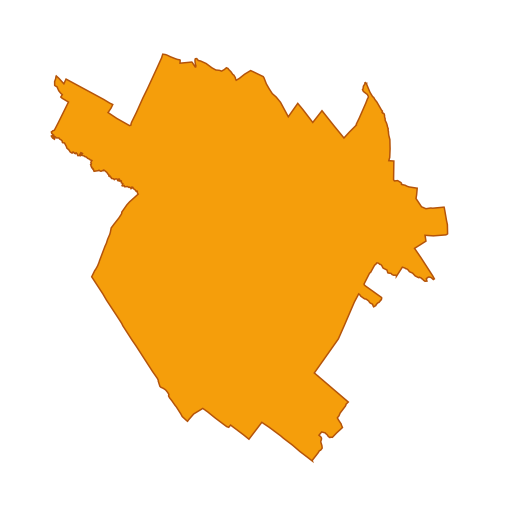 outline of Belcesti, Iasi, Romania, rotated 175°
{"feature_id": "2599482B23393445756532", "entity_name": "Belcesti", "entity_type": "district", "adm_level": 2, "iso_a3": "ROU", "parent_name": "Romania", "parent_adm1": "Iasi", "projection": "mercator", "projection_center": [27.109, 47.31], "detail": "fine", "context": "isolated", "style": "filled", "palette": "amber", "viewbox_px": 512, "rotation_deg": 175, "n_neighbors": 0, "source": "geoboundaries", "source_scale": "gbopen_adm2", "svg_char_len": 6078}
<svg xmlns="http://www.w3.org/2000/svg" viewBox="0 0 512 512"><g transform="rotate(175 256 256)"><path d="M132.5,418.9L132.4,418.3L132.5,418.0L134.2,415.8L134.8,413.2L135.4,412.5L134.8,410.8L134.2,410.1L131.0,407.2L130.2,405.2L130.2,404.4L131.3,402.8L133.3,398.7L141.0,384.6L144.7,378.4L144.5,377.8L152.1,371.4L158.1,365.9L166.7,378.5L177.6,395.0L187.8,384.1L196.6,397.9L201.1,404.4L211.7,391.9L218.2,407.0L222.1,412.7L225.6,416.3L228.3,421.4L230.7,426.6L232.5,432.8L233.2,434.1L242.9,439.9L245.2,441.2L251.5,438.1L257.1,434.4L260.4,432.8L261.0,434.4L261.0,435.4L262.3,438.1L263.3,438.9L265.0,441.9L266.8,444.0L267.6,445.3L269.1,446.1L271.5,444.4L274.2,443.2L276.1,444.1L279.8,444.8L283.5,447.3L288.9,452.1L294.2,455.1L296.2,455.7L296.5,455.9L297.8,457.8L298.4,457.9L299.1,457.8L299.4,457.6L299.7,456.4L299.8,455.0L299.6,451.8L299.3,450.8L299.6,449.6L300.1,449.6L302.7,454.5L303.1,454.8L314.9,454.7L314.5,457.6L314.7,458.0L317.2,458.7L319.4,459.7L323.8,461.9L327.2,463.9L328.8,464.6L331.3,465.2L332.8,461.6L337.8,452.7L349.4,432.4L354.9,423.3L362.7,409.3L368.1,400.4L368.8,399.0L369.2,397.3L370.6,396.9L382.7,405.2L390.9,411.8L387.4,416.1L385.5,419.4L388.3,421.0L394.0,425.2L429.8,448.8L432.4,444.3L436.9,450.2L439.3,452.8L439.5,452.5L440.2,449.9L441.4,447.4L441.7,443.6L441.2,443.0L439.5,441.9L438.1,437.8L436.5,435.4L434.9,433.6L436.6,431.4L436.4,431.1L435.2,429.9L429.4,425.7L441.5,405.8L445.7,399.2L446.0,398.8L447.6,398.4L448.2,397.8L449.0,397.5L449.0,396.8L448.7,395.8L447.0,394.1L446.9,393.5L447.3,393.3L448.4,393.7L449.4,393.4L449.3,392.9L448.2,391.1L446.6,389.9L446.3,390.5L447.0,391.6L447.1,392.2L446.9,392.6L446.6,392.7L445.4,392.1L444.8,391.2L444.4,391.0L442.1,390.8L441.3,389.5L440.3,388.9L439.2,387.7L439.0,387.3L439.1,386.4L438.7,385.7L437.1,385.4L436.9,385.2L435.3,381.4L435.1,380.1L433.1,377.9L432.0,375.8L430.4,374.6L430.0,374.6L429.6,375.4L429.0,375.5L428.6,375.2L428.0,374.2L427.0,373.7L426.5,374.4L426.2,374.5L425.4,373.5L424.7,371.5L423.2,371.5L422.3,371.1L422.0,371.2L421.9,371.6L422.6,372.3L422.7,372.7L422.0,372.8L421.5,374.2L420.7,373.9L419.9,373.2L420.9,372.2L421.0,371.9L420.8,371.5L418.6,370.7L417.8,369.9L416.4,369.4L415.2,368.0L413.3,366.9L412.8,366.2L411.2,365.5L411.1,365.3L411.7,364.8L412.0,364.1L412.3,363.8L412.3,362.9L411.9,362.2L412.0,362.0L412.8,361.4L412.5,360.7L412.5,359.9L411.9,359.0L412.1,358.3L411.0,357.5L410.7,357.0L410.9,356.5L410.2,355.8L410.2,355.0L409.9,354.5L405.2,354.8L404.9,355.1L403.7,354.1L402.7,354.0L401.4,354.4L400.7,354.3L400.5,354.9L399.9,354.8L397.3,352.3L396.2,350.3L395.6,349.9L395.6,348.5L395.4,348.3L394.4,348.3L394.3,347.4L393.3,346.9L393.3,346.1L393.1,345.8L391.3,345.4L390.5,344.4L389.7,344.9L388.6,345.0L387.7,344.7L387.3,344.3L387.3,343.4L386.8,342.9L386.5,342.9L386.1,344.6L385.5,344.6L385.2,343.9L385.4,343.0L385.3,342.5L384.9,342.4L384.1,342.8L383.6,342.5L383.8,340.7L382.4,339.8L382.3,339.4L383.3,338.0L383.3,337.7L382.7,337.4L381.2,337.6L381.0,336.6L380.8,336.4L378.0,336.4L376.6,335.4L375.8,335.6L374.8,334.6L374.6,334.0L373.8,334.6L373.7,335.4L373.4,335.4L372.6,335.0L372.5,334.0L370.7,332.5L369.8,331.0L368.9,331.1L368.6,330.6L368.8,330.0L368.7,329.5L368.0,327.9L377.2,321.0L380.1,318.3L385.9,311.4L386.0,310.3L386.5,309.4L389.3,305.8L394.4,300.4L397.8,296.6L399.1,292.1L399.8,290.3L402.4,285.5L403.9,281.8L405.6,278.8L412.6,264.3L412.7,263.8L414.7,259.9L417.3,256.1L417.7,255.9L421.5,249.6L411.9,231.7L408.8,225.1L397.5,204.1L395.6,200.4L394.8,198.2L386.9,183.2L383.3,176.8L369.2,150.1L365.0,142.8L364.2,140.8L364.3,139.9L363.1,134.6L362.3,133.6L360.0,132.3L358.2,130.9L357.5,130.2L356.1,128.1L354.9,125.8L355.3,124.2L354.5,122.3L352.4,119.1L349.6,114.2L348.6,112.8L344.6,105.1L343.5,102.5L339.5,98.1L338.6,97.3L337.6,98.5L331.8,104.1L322.3,108.8L317.8,105.0L310.9,98.3L300.1,88.6L298.1,87.7L296.1,89.8L284.3,79.2L279.0,74.1L264.7,89.8L257.9,84.3L247.1,74.7L244.7,72.2L236.1,64.4L229.3,57.4L217.7,46.8L217.8,47.2L217.6,47.7L211.2,54.6L209.8,56.5L208.6,56.9L206.9,58.7L206.8,59.6L206.9,61.5L207.6,64.7L207.6,65.9L206.9,67.2L206.6,68.8L206.9,69.6L207.3,70.3L208.9,72.0L205.9,75.0L202.4,73.7L201.9,72.9L200.8,71.9L199.8,70.1L198.5,68.8L198.1,68.7L197.5,69.0L195.7,68.7L191.0,72.8L184.8,77.6L185.7,80.3L185.7,81.0L187.8,84.9L189.0,87.4L189.0,87.8L187.3,89.5L185.9,92.2L180.0,98.7L179.5,99.6L179.3,100.4L176.8,102.5L208.1,134.4L181.2,166.2L174.1,179.1L162.0,201.6L157.0,209.3L156.1,208.5L155.1,206.8L151.7,203.9L150.0,203.4L147.7,201.4L146.9,199.9L146.2,199.1L144.1,197.8L143.7,196.1L143.2,195.1L140.9,196.2L140.6,197.0L138.7,198.7L137.5,199.1L136.0,200.6L135.8,201.1L135.0,201.4L134.5,202.8L134.5,203.7L149.7,216.7L150.7,217.9L150.8,218.7L144.5,228.8L143.9,229.4L143.3,229.6L138.6,236.6L137.5,237.2L136.3,238.6L135.2,238.4L134.3,237.9L133.4,236.9L132.5,236.7L132.2,236.4L131.3,235.0L130.7,233.3L130.2,232.7L126.9,230.7L126.6,230.0L126.3,228.3L126.0,227.6L123.0,226.9L122.1,225.7L120.4,224.8L118.7,224.8L117.8,224.3L117.9,223.5L111.2,232.1L108.8,231.1L107.9,230.3L107.3,230.2L106.4,229.6L105.8,229.0L104.5,227.0L101.5,225.3L99.2,222.3L96.0,220.3L95.6,220.2L95.1,220.6L93.9,220.0L93.2,219.5L93.0,219.0L92.2,218.6L91.0,217.0L90.3,216.6L89.9,216.1L87.9,216.1L88.3,218.6L86.1,220.0L84.7,219.8L83.4,219.2L81.4,217.1L80.3,217.7L81.8,221.0L91.8,239.9L97.4,249.8L85.4,256.0L85.8,261.9L77.5,260.6L65.1,260.5L64.1,260.8L63.2,261.4L62.6,270.5L63.1,274.5L64.0,285.2L64.1,285.9L64.2,287.3L64.4,288.3L75.7,288.2L77.8,288.6L82.6,288.3L86.8,290.6L91.6,299.3L90.7,302.8L89.5,309.5L97.6,311.5L99.6,312.4L101.3,313.5L104.8,314.6L104.7,315.7L105.3,316.6L108.4,318.8L111.3,318.7L111.6,318.8L112.3,320.0L110.4,338.6L115.4,339.4L114.2,342.5L113.1,351.0L112.5,360.3L113.2,364.7L113.3,366.7L113.2,368.3L113.4,369.2L113.4,370.5L113.2,371.1L113.8,373.5L113.9,374.7L114.4,377.0L115.5,379.9L115.4,381.6L115.8,383.3L115.7,384.9L115.9,386.3L116.8,387.3L117.2,387.2L117.6,387.6L117.7,388.0L117.9,388.2L117.4,389.3L118.2,390.3L122.2,398.9L124.0,401.6L124.9,403.7L125.6,404.3L126.2,405.1L128.2,409.2L130.6,416.7L130.8,417.7L130.7,418.4L131.4,418.3L131.8,419.2L132.5,418.9Z" fill="#f59e0b" stroke="#b45309" stroke-width="1.5"/></g></svg>